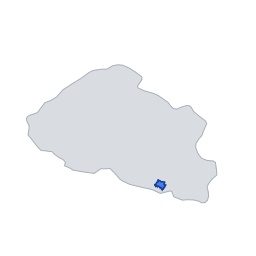 location of Dechhenling, Samdrup Jongkhar, Bhutan, rotated 19°
{"feature_id": "84629894B76488101752434", "entity_name": "Dechhenling", "entity_type": "district", "adm_level": 2, "iso_a3": "BTN", "parent_name": "Bhutan", "parent_adm1": "Samdrup Jongkhar", "projection": "natural_earth1", "projection_center": [91.243, 26.904], "detail": "fine", "context": "in_parent", "style": "filled", "palette": "blue", "viewbox_px": 256, "rotation_deg": 19, "n_neighbors": 0, "source": "geoboundaries", "source_scale": "gbopen_adm2", "svg_char_len": 3612}
<svg xmlns="http://www.w3.org/2000/svg" viewBox="0 0 256 256"><g transform="rotate(19 128 128)"><path d="M200.4,109.8L200.1,111.5L198.4,115.8L197.3,120.5L198.3,124.3L202.0,128.9L207.1,132.6L213.5,132.9L219.4,131.4L221.8,132.0L225.0,138.2L227.3,143.5L224.2,148.9L222.5,153.7L221.9,157.1L222.3,158.6L224.2,161.4L226.4,166.1L226.7,170.4L225.3,173.3L222.3,174.7L219.0,174.3L216.3,174.3L213.0,174.8L207.7,176.4L202.9,178.5L193.7,178.1L190.0,173.8L188.3,173.8L180.0,179.3L170.9,178.4L154.4,180.2L147.5,180.7L140.4,180.0L136.8,178.9L130.1,175.0L124.1,172.2L117.9,174.7L115.8,175.2L110.8,181.9L100.1,184.1L89.5,185.7L86.3,184.8L80.3,184.4L80.1,182.8L80.3,181.3L78.9,180.1L76.5,178.9L72.3,178.4L66.9,176.7L63.9,175.1L52.9,177.5L46.6,174.0L39.3,169.2L35.7,167.1L34.4,159.6L33.1,157.2L30.3,154.7L28.7,151.7L30.0,148.7L37.3,143.0L37.8,141.6L41.2,131.0L45.9,127.2L50.5,121.8L53.9,113.3L60.6,104.6L68.0,95.6L73.0,88.3L76.4,84.9L83.2,81.3L89.0,79.1L93.0,74.3L97.8,71.5L102.7,70.3L110.0,71.0L116.9,72.7L124.4,75.1L125.3,77.1L124.7,80.6L123.6,84.1L123.5,85.9L124.7,86.9L132.1,87.5L141.1,87.0L146.2,87.5L157.5,90.7L160.8,93.0L164.2,94.8L167.6,94.5L171.9,90.7L176.4,87.5L179.2,87.0L181.2,88.0L184.8,91.1L192.2,93.9L198.9,96.1L201.0,98.1L200.3,106.9L200.4,109.8Z" fill="#d9dde1" stroke="#a8b0b8" stroke-width="1"/><path d="M171.8,172.9L171.9,173.1L172.0,173.2L172.2,173.3L172.3,173.3L172.4,173.2L172.5,173.2L172.4,173.4L172.5,173.4L172.5,173.5L172.8,173.7L172.9,173.8L172.9,173.7L173.0,173.7L173.2,173.8L173.2,174.0L173.3,174.0L173.5,174.0L173.6,173.9L173.8,173.8L173.8,173.7L173.9,173.8L174.0,173.8L174.0,173.7L174.3,173.6L174.5,173.6L174.7,173.8L174.7,173.7L174.8,173.6L175.0,173.4L175.3,173.3L175.4,173.2L175.6,173.2L175.8,173.1L176.0,173.1L176.3,173.2L176.4,173.3L176.5,173.3L176.8,173.4L176.9,173.5L177.0,173.6L177.1,173.8L177.2,174.0L177.3,174.1L177.5,174.1L177.4,173.9L177.5,173.8L177.7,173.7L177.8,173.7L178.0,173.7L178.3,173.6L178.5,173.7L178.7,173.8L178.7,174.0L178.8,174.2L178.9,174.3L179.0,174.4L179.1,174.5L179.3,174.5L179.5,174.6L179.7,174.8L179.8,175.0L180.1,175.2L180.4,175.4L180.4,175.2L180.5,175.1L180.4,175.0L180.4,174.9L180.4,174.7L180.5,174.7L180.6,174.4L180.8,174.4L181.0,174.4L181.0,174.2L181.3,173.9L181.3,173.7L181.3,173.4L181.4,173.2L181.5,173.0L181.5,172.9L181.4,172.8L181.5,172.8L181.5,172.7L181.5,172.4L181.7,172.2L181.7,171.9L181.8,171.8L181.9,171.7L182.0,171.6L181.9,171.3L181.9,171.2L181.8,170.9L181.9,170.7L182.0,170.5L182.0,170.4L182.0,170.2L182.2,169.9L182.3,169.8L182.3,169.7L182.5,169.6L182.8,169.5L182.7,169.5L182.3,169.5L182.2,169.5L181.9,169.6L181.7,169.7L181.3,169.6L181.2,169.7L180.9,169.8L180.8,169.7L180.7,169.7L180.7,169.4L180.6,169.2L180.6,168.9L180.6,168.7L180.3,168.4L180.2,168.3L180.2,168.2L180.2,167.9L180.1,167.7L180.1,167.4L180.3,167.2L180.2,167.1L179.9,167.2L179.7,167.3L179.4,167.4L179.2,167.5L178.9,167.6L178.6,167.5L178.4,167.6L178.2,167.5L177.9,167.6L177.7,167.7L177.6,167.8L177.4,167.9L177.2,167.9L177.1,168.0L176.9,168.0L176.7,168.0L176.5,167.9L176.4,167.9L176.2,167.8L176.1,167.7L175.9,167.7L175.7,167.5L175.4,167.5L175.2,167.5L174.9,167.6L174.7,167.6L174.4,167.6L174.2,167.6L174.0,167.4L173.9,167.3L173.7,167.2L173.4,167.2L173.4,167.3L173.4,167.6L173.4,167.9L173.4,168.1L173.4,168.3L173.5,168.4L173.6,168.5L173.8,168.7L173.8,168.9L173.7,169.0L173.8,169.2L173.8,169.3L173.7,169.4L173.7,169.5L173.4,169.5L173.2,169.6L172.9,169.8L172.9,170.0L173.0,170.1L173.0,170.3L172.9,170.5L172.7,170.8L172.7,171.0L172.7,171.3L172.6,171.5L172.8,172.0L172.8,172.3L172.5,172.6L172.3,172.8L172.1,172.8L171.9,172.9L171.8,172.9Z" fill="#3b82f6" stroke="#1e3a8a" stroke-width="1.5"/></g></svg>